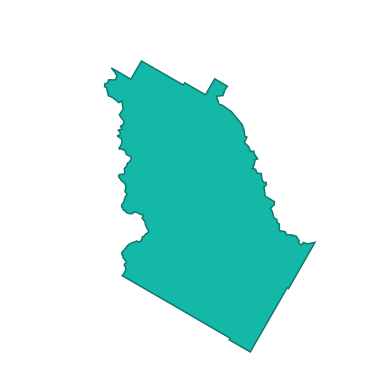 Meagher, Montana, United States of America (Natural Earth projection), rotated 30°
{"feature_id": "52423323B38602256292378", "entity_name": "Meagher", "entity_type": "district", "adm_level": 2, "iso_a3": "USA", "parent_name": "United States of America", "parent_adm1": "Montana", "projection": "natural_earth1", "projection_center": [-111.14, 46.636], "detail": "fine", "context": "isolated", "style": "filled", "palette": "teal", "viewbox_px": 384, "rotation_deg": 30, "n_neighbors": 0, "source": "geoboundaries", "source_scale": "gbopen_adm2", "svg_char_len": 3047}
<svg xmlns="http://www.w3.org/2000/svg" viewBox="0 0 384 384"><g transform="rotate(30 192 192)"><path d="M322.5,301.4L322.4,292.6L322.3,227.4L323.9,227.4L323.7,174.0L318.1,179.2L313.8,180.0L313.2,183.0L310.2,183.1L309.2,180.7L304.3,178.2L299.6,179.4L295.4,181.8L292.5,179.8L286.9,181.7L283.7,176.1L280.9,175.9L279.3,173.4L275.9,173.4L271.0,168.5L268.2,167.1L269.5,162.1L268.3,159.2L257.5,159.0L252.0,151.9L252.9,148.4L251.3,146.6L249.6,147.9L246.4,146.3L242.8,141.4L239.2,143.1L235.5,140.6L232.5,141.5L232.4,137.9L230.5,132.3L232.3,130.5L226.5,127.7L225.2,125.7L222.4,127.6L218.5,124.5L212.6,122.9L212.1,117.0L209.9,117.3L205.9,112.2L201.8,108.6L185.9,102.7L174.8,101.7L171.5,102.5L165.3,96.9L170.6,93.0L169.3,86.4L169.9,82.7L155.1,82.6L155.1,101.1L131.0,101.1L131.0,103.7L82.7,103.8L82.7,124.9L60.1,124.9L66.6,127.4L69.5,130.0L69.5,133.3L63.7,136.5L64.4,140.0L62.4,141.8L63.6,144.5L65.9,144.4L71.3,150.4L76.1,149.9L84.0,151.2L85.6,148.2L90.9,154.6L90.5,161.4L91.3,161.7L92.7,162.9L93.5,162.9L94.3,163.2L95.2,163.8L96.8,164.1L97.7,165.2L98.3,165.8L98.5,167.1L98.4,168.7L98.2,169.0L98.2,169.4L98.3,169.5L98.0,169.8L97.7,170.1L97.1,170.5L97.4,171.1L97.9,171.3L99.0,171.7L99.6,172.1L99.6,172.9L99.0,173.3L98.1,174.4L97.6,174.8L97.4,175.5L98.0,175.6L99.1,176.0L100.2,176.5L100.7,177.6L100.9,178.7L100.4,179.4L99.6,180.1L99.4,180.6L100.1,181.0L100.9,181.0L102.5,181.0L104.2,181.0L104.8,181.9L105.9,182.6L106.5,184.0L107.0,186.3L107.2,187.9L106.9,189.9L106.9,190.7L107.7,191.1L108.1,190.6L109.8,190.1L111.2,189.9L113.1,189.5L113.9,190.2L115.0,190.9L116.0,192.2L117.7,192.3L119.3,192.1L119.9,192.2L121.1,192.3L122.1,192.4L122.4,193.2L122.5,193.6L123.0,194.6L122.6,196.0L123.0,196.6L123.0,197.5L122.2,198.2L121.6,199.4L122.2,201.8L122.5,203.3L121.7,204.7L121.9,206.2L123.5,207.6L124.2,209.3L124.2,210.2L123.5,211.3L122.7,211.4L120.5,213.0L120.3,214.6L121.0,215.6L123.7,216.6L125.0,217.5L126.4,217.6L128.8,218.1L131.4,219.4L132.6,221.5L133.0,223.1L133.4,224.3L133.9,225.3L134.7,225.7L135.3,225.3L136.5,226.0L136.9,227.1L136.7,228.9L136.7,230.3L137.3,232.4L137.9,234.8L137.7,236.2L137.6,238.5L138.4,240.0L139.8,240.4L141.3,241.8L143.7,242.0L145.7,242.6L148.6,242.1L151.3,240.5L151.8,238.3L154.6,237.2L156.2,237.2L158.7,237.1L160.8,236.5L161.7,236.4L162.2,237.8L161.6,238.6L161.9,239.7L163.8,240.3L164.6,240.7L166.2,240.9L166.8,242.0L167.1,242.7L167.9,243.5L168.9,244.3L170.2,245.1L171.5,246.2L172.9,246.7L173.7,247.3L174.5,248.8L173.7,250.4L172.8,251.3L172.9,252.7L172.4,254.2L171.6,255.7L171.7,256.9L172.3,258.4L171.9,260.0L171.9,261.2L170.6,262.1L169.7,261.9L168.4,262.2L167.5,263.8L165.7,265.6L163.8,268.6L162.8,271.2L162.6,274.1L162.3,276.0L161.7,278.1L161.5,279.1L161.7,280.2L162.4,280.8L163.2,281.6L163.9,281.7L164.6,282.0L164.8,282.5L164.7,283.0L165.2,283.5L166.0,283.5L166.8,283.8L168.5,284.8L169.8,285.4L170.5,285.8L170.5,286.5L169.6,288.0L170.0,289.5L172.1,290.1L172.8,291.6L173.6,292.6L173.8,295.4L173.6,298.7L173.5,299.4L186.7,299.4L226.6,299.4L298.2,299.6L298.2,301.4L322.5,301.4Z" fill="#14b8a6" stroke="#0f766e" stroke-width="1.5"/></g></svg>